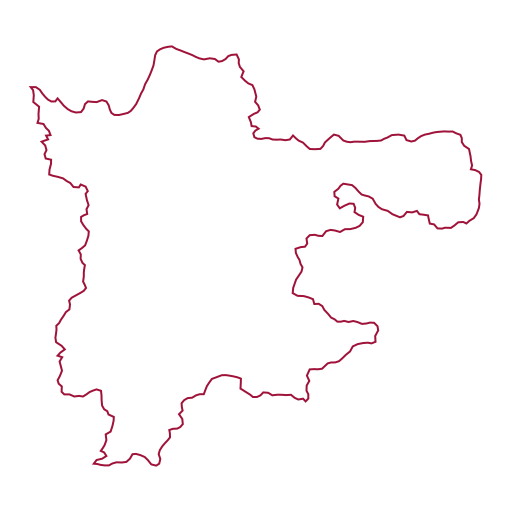 the district of Raul Soares, Minas Gerais, Brazil
{"feature_id": "56859067B17735283433426", "entity_name": "Raul Soares", "entity_type": "district", "adm_level": 2, "iso_a3": "BRA", "parent_name": "Brazil", "parent_adm1": "Minas Gerais", "projection": "albers", "projection_center": [-42.376, -20.024], "detail": "fine", "context": "isolated", "style": "outline", "palette": "rose", "viewbox_px": 512, "rotation_deg": 0, "n_neighbors": 0, "source": "geoboundaries", "source_scale": "gbopen_adm2", "svg_char_len": 5656}
<svg xmlns="http://www.w3.org/2000/svg" viewBox="0 0 512 512"><path d="M305.6,401.4L308.3,398.6L308.3,394.2L306.5,390.7L306.7,385.5L309.3,380.9L306.9,375.6L309.7,369.4L314.2,369.1L317.8,369.3L322.1,368.7L324.7,366.2L327.7,363.4L330.9,362.5L335.3,362.4L339.0,361.2L341.9,358.7L346.0,354.7L350.0,351.5L352.8,346.4L357.7,344.1L363.4,343.0L368.0,342.7L371.4,343.4L375.5,341.8L375.2,336.0L378.2,330.4L377.5,326.2L374.1,322.8L370.0,322.6L366.4,323.5L362.0,323.9L357.3,322.0L353.3,321.0L348.6,322.0L344.1,320.9L340.8,321.7L337.4,321.7L334.6,319.3L331.1,317.6L328.1,313.9L324.3,309.9L322.3,306.1L318.7,303.8L314.3,304.0L313.0,299.2L308.8,297.5L303.8,296.1L297.5,295.8L292.7,293.1L293.2,287.9L294.8,283.3L296.1,279.6L298.4,276.2L301.5,271.6L302.5,267.4L300.5,263.8L299.5,260.0L297.7,257.0L295.9,253.0L295.5,248.8L300.8,247.1L305.0,246.7L307.2,243.6L306.5,238.5L309.7,235.2L314.8,234.8L318.4,235.8L322.4,236.0L326.1,231.2L330.5,229.9L334.9,230.5L340.0,232.0L344.9,229.2L350.3,229.1L355.7,227.8L359.6,225.9L362.8,222.2L363.2,216.7L358.7,214.9L354.5,212.1L355.2,207.8L353.6,203.8L349.5,203.5L344.7,205.6L339.8,208.3L337.1,204.5L338.4,198.6L334.6,196.2L334.3,191.9L338.4,188.7L340.5,185.8L343.3,183.7L348.1,184.5L352.0,185.1L355.3,187.8L358.8,191.8L361.6,194.5L364.8,195.5L368.6,196.4L372.7,198.7L375.7,204.0L378.5,207.0L381.9,209.2L387.8,210.9L392.4,214.2L396.3,215.8L400.0,217.3L403.5,216.0L406.9,211.9L412.2,212.4L416.9,210.9L419.4,214.2L423.5,214.7L428.0,215.4L428.9,219.8L429.8,223.6L434.1,224.4L437.5,228.4L442.0,228.6L445.1,227.7L450.9,227.9L454.4,225.5L458.2,222.3L463.3,222.0L466.4,223.5L469.4,220.8L473.7,218.2L476.4,214.5L477.7,211.2L478.9,208.0L479.5,203.8L478.9,199.5L479.4,195.1L479.8,189.8L480.4,184.3L481.1,178.9L481.3,174.9L479.1,172.0L475.2,170.1L470.9,169.3L472.1,165.5L471.1,161.2L470.5,156.1L469.0,149.0L464.2,145.8L461.8,142.1L461.8,138.1L460.4,134.8L456.2,133.3L452.6,131.5L448.6,131.6L444.3,131.4L440.4,131.7L436.9,132.0L433.4,132.6L428.9,133.8L424.9,134.6L421.1,136.1L417.8,138.3L414.9,140.7L411.3,141.5L406.5,140.1L404.3,135.6L398.5,134.6L391.8,135.1L387.3,137.6L384.1,138.8L381.1,140.5L377.0,140.9L369.7,141.1L364.7,141.8L358.9,141.7L354.0,141.7L350.5,142.2L347.1,141.8L343.3,140.5L338.6,135.8L333.9,134.6L330.5,137.4L327.7,139.9L324.9,142.5L323.1,146.0L320.4,148.9L314.8,149.2L309.8,149.0L306.8,146.4L303.0,142.6L298.8,140.7L296.2,138.6L293.0,135.5L289.8,139.5L285.4,140.2L280.6,139.5L276.7,139.7L272.5,139.5L269.1,138.2L265.3,138.1L261.5,138.9L257.5,138.7L254.4,137.2L253.3,133.3L255.5,130.5L258.6,128.7L255.8,126.5L251.6,126.1L250.9,122.2L248.8,117.1L253.8,113.9L257.6,112.3L259.8,109.6L258.2,105.4L255.1,101.8L256.3,96.6L255.3,92.8L254.4,89.3L252.4,85.1L248.3,83.4L245.0,80.7L241.3,77.0L243.6,71.3L239.9,66.9L238.7,63.1L238.9,59.4L236.6,54.5L231.5,54.9L228.3,56.1L225.5,59.1L222.0,61.1L218.5,61.7L214.9,59.0L209.8,58.3L203.9,59.4L199.1,58.3L195.6,56.8L192.3,55.1L188.8,53.7L183.8,51.8L180.1,50.3L176.4,49.0L171.9,46.4L168.1,46.8L163.6,47.8L160.1,49.3L157.0,51.4L155.2,55.1L154.4,60.1L153.5,65.4L151.9,69.8L150.0,74.6L147.7,79.6L145.1,84.2L143.3,89.5L141.1,93.4L139.2,97.9L136.2,104.0L133.2,108.1L130.7,111.0L127.8,112.9L124.2,113.8L119.0,115.0L114.3,114.9L111.4,112.9L109.8,109.4L108.7,105.3L106.4,101.5L102.0,100.1L96.7,102.1L91.8,101.8L88.0,101.4L85.0,104.1L83.6,108.7L81.0,112.1L75.8,112.5L71.3,111.2L67.7,109.1L63.8,105.7L60.7,102.0L57.6,98.4L55.3,101.4L51.4,101.5L48.1,99.7L45.2,96.9L42.1,93.2L39.8,89.8L35.8,87.1L30.7,87.1L33.1,90.2L33.8,95.2L33.3,102.0L39.1,106.7L38.5,113.9L38.7,118.9L37.5,122.9L43.5,124.0L45.9,127.9L48.9,130.8L50.5,135.1L46.1,135.6L48.1,139.4L44.9,140.5L41.6,141.7L45.2,145.5L46.5,150.1L44.5,154.2L45.7,158.5L51.1,159.7L51.0,163.9L49.5,169.6L49.2,174.5L53.0,175.8L58.0,176.9L63.1,178.4L66.8,181.1L70.3,183.0L73.5,187.0L78.9,187.4L80.7,184.5L85.6,186.6L87.8,191.1L85.6,193.9L86.9,200.0L88.6,205.2L86.5,209.2L87.2,214.0L84.0,215.2L81.1,216.9L81.1,221.3L83.2,224.8L86.1,228.7L88.8,231.4L88.4,235.8L86.9,240.6L85.1,245.4L81.5,248.4L78.6,250.4L80.8,254.4L80.6,258.8L82.4,262.8L84.9,265.1L84.2,269.0L83.8,272.5L83.8,276.5L83.1,281.6L84.7,284.7L86.0,288.0L83.8,290.8L80.6,292.8L76.6,295.0L71.7,297.7L69.1,300.6L70.0,304.4L69.4,309.4L65.9,312.1L63.7,315.7L60.9,319.8L59.1,323.1L56.3,325.8L56.5,329.5L56.1,333.0L55.4,337.7L56.1,342.2L61.6,345.8L64.8,349.4L60.5,352.5L57.6,355.7L62.2,357.2L59.6,361.5L60.6,365.3L62.0,370.7L59.8,376.2L57.6,380.2L58.7,383.7L61.8,386.4L61.6,391.8L64.3,394.4L69.5,394.4L74.3,396.5L79.0,395.9L83.0,396.5L86.4,394.4L89.5,392.1L92.7,390.7L96.5,389.4L101.0,390.8L101.5,395.2L101.6,400.1L102.1,405.6L104.2,409.3L107.3,411.2L108.5,414.5L113.8,416.9L113.6,420.8L112.4,426.1L110.6,431.6L105.7,434.4L106.4,440.1L104.6,445.1L102.8,448.1L100.8,450.9L104.1,452.4L106.4,456.0L102.1,458.7L96.6,460.0L93.8,463.7L97.3,464.0L101.1,465.0L104.8,465.4L108.9,465.4L112.3,463.5L116.5,462.3L121.9,462.5L126.4,461.9L130.0,458.6L132.5,454.2L135.9,453.9L140.4,455.1L144.7,457.0L147.8,460.0L151.3,464.4L156.2,465.6L159.2,463.7L160.3,459.0L158.7,454.1L159.8,450.2L162.2,446.4L164.8,443.3L167.4,440.6L170.0,437.4L169.9,433.4L169.3,430.0L173.0,428.8L177.2,428.6L180.2,427.1L182.8,424.1L182.3,419.0L179.0,414.2L182.6,410.6L181.8,406.8L181.6,403.2L184.2,400.1L187.7,398.1L192.1,397.7L196.1,395.3L199.8,394.2L203.8,394.2L205.4,389.9L206.9,386.1L209.4,382.3L211.9,378.9L216.8,377.1L221.8,375.2L225.9,375.1L229.2,375.6L233.1,376.3L237.4,377.3L240.9,378.6L240.8,382.8L240.5,388.6L245.9,392.0L250.2,394.7L252.9,397.0L256.9,397.0L260.4,395.4L263.3,392.4L268.2,392.8L272.3,395.3L277.7,394.7L282.0,394.8L285.9,395.1L291.0,394.8L294.6,397.8L298.3,399.5L303.1,398.7L305.6,401.4Z" fill="none" stroke="#9f1239" stroke-width="2"/></svg>